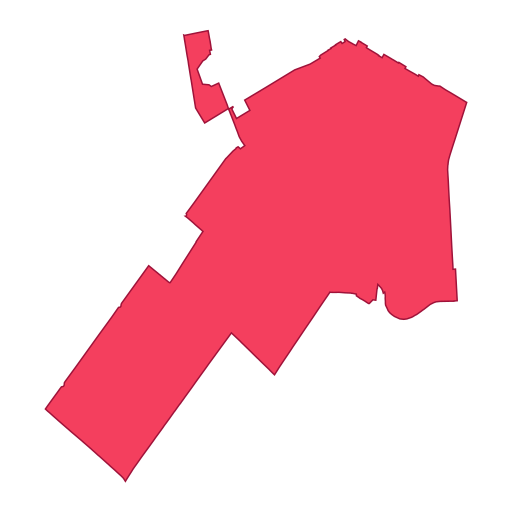 Popesti Leordeni, Ilfov, Romania, rotated 90°
{"feature_id": "2599482B19564761828929", "entity_name": "Popesti Leordeni", "entity_type": "district", "adm_level": 2, "iso_a3": "ROU", "parent_name": "Romania", "parent_adm1": "Ilfov", "projection": "natural_earth1", "projection_center": [26.205, 44.348], "detail": "fine", "context": "isolated", "style": "filled", "palette": "rose", "viewbox_px": 512, "rotation_deg": 90, "n_neighbors": 0, "source": "geoboundaries", "source_scale": "gbopen_adm2", "svg_char_len": 4960}
<svg xmlns="http://www.w3.org/2000/svg" viewBox="0 0 512 512"><g transform="rotate(90 256 256)"><path d="M80.3,320.8L94.2,318.6L108.0,316.4L112.8,313.5L123.0,307.3L108.6,283.7L111.0,282.6L112.5,282.0L114.2,281.4L115.3,280.9L119.2,279.4L124.6,277.3L127.9,276.1L131.7,274.6L136.7,272.8L141.1,270.4L145.6,267.2L148.8,271.6L146.8,273.9L147.9,275.8L148.7,276.1L150.6,278.4L150.9,278.8L151.3,279.2L157.9,285.4L158.6,286.2L202.5,317.7L213.5,325.8L213.9,325.6L214.2,325.4L214.7,325.4L215.4,325.5L215.9,325.7L216.1,326.0L216.2,326.6L217.7,324.6L222.7,318.8L224.5,316.9L231.4,309.0L241.7,315.9L242.1,315.8L252.3,322.3L262.8,329.0L273.5,335.7L282.6,341.8L282.7,342.4L282.1,343.4L265.7,363.3L303.4,390.5L304.0,390.7L305.1,391.0L305.6,391.0L305.9,391.0L306.6,391.3L307.1,391.7L307.2,392.1L307.3,393.2L307.6,393.6L317.2,400.3L334.1,412.6L367.5,436.6L381.0,446.5L382.2,447.3L383.0,447.7L383.9,447.7L385.4,447.9L386.2,448.4L386.5,448.9L386.7,450.0L386.9,450.6L389.0,452.2L393.9,455.7L394.4,456.1L405.3,464.0L408.3,466.1L409.0,466.6L410.6,464.9L411.1,464.4L412.5,462.7L416.1,458.7L419.0,455.4L419.7,454.6L420.1,454.2L432.2,440.3L436.5,435.2L438.9,432.4L439.4,431.8L442.9,427.8L448.9,420.9L455.5,413.6L456.1,412.8L459.5,409.0L461.4,406.9L463.5,404.6L463.8,404.2L464.7,403.2L466.3,401.5L467.7,399.9L470.0,397.3L471.3,395.9L471.7,395.5L472.7,394.4L473.5,393.5L473.9,393.1L474.3,392.6L475.4,391.4L475.6,391.1L475.9,390.9L476.0,390.7L476.4,390.4L476.6,390.2L477.0,389.7L477.6,389.2L478.0,388.8L478.2,388.6L481.3,386.6L479.3,385.4L475.0,382.7L471.9,380.7L469.6,379.3L467.4,377.8L466.0,376.8L465.2,376.2L461.1,373.3L457.1,370.5L451.2,366.2L449.7,365.1L443.2,360.4L439.3,357.6L438.1,356.8L433.2,353.2L427.7,349.2L425.2,347.5L422.0,345.1L419.6,343.4L419.0,342.9L417.7,342.0L411.9,337.9L411.2,337.3L408.1,335.1L406.4,333.9L404.2,332.3L403.9,332.0L403.8,331.9L403.6,331.8L403.6,331.7L401.5,330.3L400.9,329.8L400.7,329.7L399.8,329.0L396.9,327.0L396.8,326.9L387.7,320.3L381.9,316.2L375.1,311.3L368.2,306.3L363.7,303.1L347.8,291.5L332.9,280.6L339.1,274.0L341.4,271.6L342.4,270.7L347.2,265.7L348.0,264.9L351.8,261.0L352.9,259.9L353.8,259.0L358.4,254.3L358.5,254.1L362.0,250.6L364.6,247.9L369.5,242.8L370.4,242.0L373.2,239.2L374.8,237.5L370.4,234.7L367.5,232.9L366.6,232.3L366.1,232.0L365.7,231.7L361.8,229.1L360.0,227.9L351.1,221.9L346.5,218.9L337.4,212.7L337.2,212.6L335.0,211.1L328.3,206.6L318.2,199.7L307.0,192.2L299.8,187.3L295.9,184.6L292.2,182.1L292.3,182.0L292.4,178.6L292.4,177.1L292.3,173.1L292.8,166.8L293.0,162.0L293.0,161.9L293.0,161.6L293.1,161.1L293.1,160.9L293.2,160.7L293.3,160.2L293.3,159.9L293.3,159.6L293.4,159.1L293.6,158.1L294.1,155.7L295.8,155.6L297.8,152.7L298.4,152.0L298.6,151.6L299.5,149.8L300.2,148.6L301.1,147.1L301.8,146.1L303.3,143.8L303.6,143.0L303.4,142.6L299.8,139.1L300.2,136.2L299.4,136.1L289.0,135.0L288.7,134.7L284.4,134.2L285.2,133.3L288.4,130.5L290.6,129.4L293.2,128.7L292.1,127.3L294.0,126.9L296.2,126.7L298.3,126.8L301.4,126.6L303.3,126.6L305.1,126.4L306.4,125.8L308.9,124.6L310.6,123.9L312.7,122.3L314.4,120.4L316.4,117.6L318.9,112.1L319.3,108.2L318.9,105.1L318.3,103.4L317.4,100.7L316.8,99.4L315.0,96.5L314.6,95.5L310.9,90.3L310.4,89.8L309.4,88.2L304.4,81.8L302.6,78.2L301.8,75.9L301.4,71.9L301.2,62.2L301.2,58.0L300.9,57.9L300.9,56.8L300.7,54.8L269.1,56.5L269.1,56.8L269.3,59.0L266.2,59.1L257.9,59.6L245.6,60.3L243.5,60.4L220.1,61.6L209.0,62.2L199.6,62.8L189.9,63.3L181.4,63.7L174.7,64.1L169.7,64.4L165.5,64.2L164.5,64.0L162.4,63.8L161.1,63.6L159.8,63.4L155.1,62.1L145.6,59.1L138.2,56.7L102.4,45.3L102.3,45.5L102.2,45.7L101.6,46.7L95.4,57.0L89.8,66.5L86.1,72.1L86.1,73.1L85.4,77.6L84.5,79.4L83.9,80.5L79.0,86.4L77.0,88.7L74.7,93.1L76.2,93.7L74.1,97.1L71.2,102.3L68.5,107.0L66.7,106.1L62.4,113.1L63.0,113.4L62.7,114.1L60.3,118.0L59.5,119.4L59.3,119.8L58.6,120.9L57.3,123.1L54.4,128.1L57.7,129.9L55.7,133.4L55.4,133.2L54.8,134.0L54.3,134.7L53.9,135.4L52.5,137.7L52.5,137.8L52.1,138.4L48.2,144.9L47.6,145.6L46.0,144.8L42.1,151.3L42.0,151.2L41.5,152.1L40.8,153.5L45.6,155.9L44.9,157.2L44.3,158.5L43.6,159.6L43.3,160.2L42.2,162.2L41.8,163.0L41.4,163.6L40.4,164.9L40.3,165.1L38.9,166.8L39.5,167.8L41.5,166.9L41.7,167.2L41.8,167.2L43.5,169.9L41.6,171.2L41.9,171.7L42.3,172.4L42.4,172.6L44.7,176.4L45.0,176.2L48.0,181.2L48.5,180.9L50.2,184.0L50.5,183.9L55.1,191.3L56.6,192.7L58.1,191.8L64.1,201.9L69.9,217.3L87.4,246.1L100.1,267.3L110.4,262.1L118.5,275.5L109.6,279.9L108.7,280.0L108.4,279.9L107.1,278.9L106.7,279.2L109.1,283.3L107.1,284.1L106.1,284.4L104.9,284.8L83.1,293.3L86.5,300.7L84.8,303.0L84.2,309.5L69.1,314.9L60.9,309.2L59.1,306.3L54.8,303.0L54.3,301.6L50.3,302.4L50.0,300.4L49.9,300.4L49.6,300.5L48.7,300.8L44.5,301.4L41.3,301.9L38.4,302.5L32.2,303.6L30.7,303.9L31.1,306.2L33.1,316.2L35.1,325.9L35.2,326.5L35.4,327.5L35.1,328.2L35.6,328.1L36.9,327.9L38.7,327.6L39.0,327.6L45.5,326.5L55.5,324.9L60.9,323.9L64.6,323.4L65.7,323.2L72.6,322.1L79.4,321.0L79.5,320.9L80.2,320.8L80.3,320.8Z" fill="#f43f5e" stroke="#9f1239" stroke-width="1.5"/></g></svg>